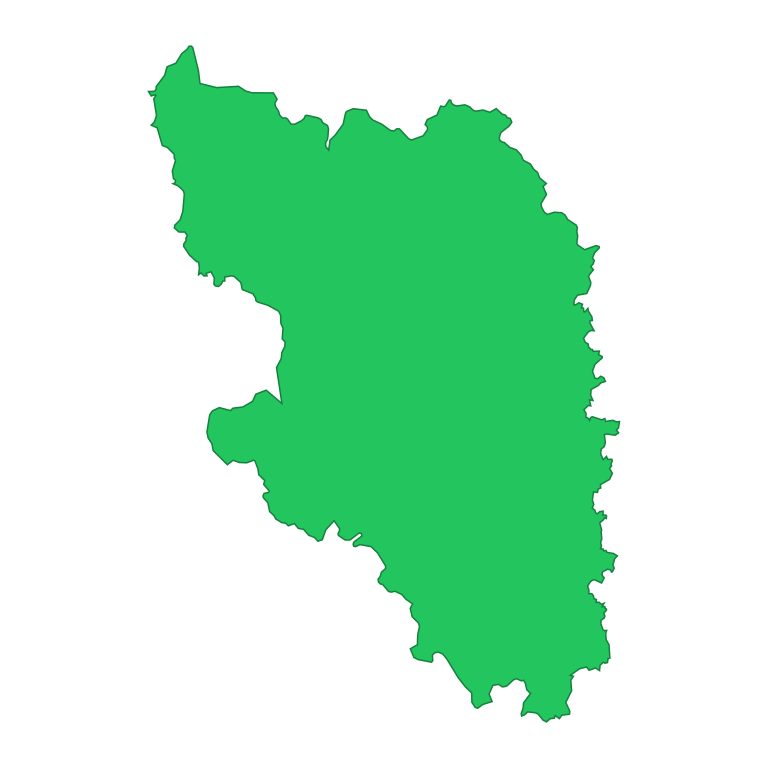 Ivohibe, Ihorombe, Madagascar (Mercator projection)
{"feature_id": "10022922B57896428715958", "entity_name": "Ivohibe", "entity_type": "district", "adm_level": 2, "iso_a3": "MDG", "parent_name": "Madagascar", "parent_adm1": "Ihorombe", "projection": "mercator", "projection_center": [46.923, -22.545], "detail": "fine", "context": "isolated", "style": "filled", "palette": "green", "viewbox_px": 768, "rotation_deg": 0, "n_neighbors": 0, "source": "geoboundaries", "source_scale": "gbopen_adm2", "svg_char_len": 6095}
<svg xmlns="http://www.w3.org/2000/svg" viewBox="0 0 768 768"><path d="M164.7,75.2L156.2,86.6L156.1,89.1L154.6,91.3L148.5,91.5L151.2,96.0L155.2,94.7L156.0,95.4L153.8,98.7L156.5,115.5L154.4,121.9L151.2,125.2L157.2,127.8L162.3,145.5L167.3,147.4L174.2,154.3L174.3,158.2L175.5,160.5L172.3,171.1L173.5,178.6L175.6,180.4L175.0,182.9L173.0,183.7L177.6,185.6L181.0,188.4L183.5,191.1L184.3,194.0L182.8,211.5L180.0,220.0L174.9,225.1L174.3,227.9L178.9,232.0L184.9,232.1L187.4,235.6L185.9,238.1L186.1,240.5L183.7,244.1L183.7,246.4L189.4,255.0L196.4,261.5L198.5,262.0L199.4,267.7L198.6,274.7L201.0,273.0L204.0,276.0L207.1,275.8L206.1,273.4L211.0,271.7L214.3,277.9L213.9,284.3L215.3,285.9L218.3,286.5L221.1,284.4L222.9,281.1L224.8,281.0L224.7,277.1L231.3,275.8L234.1,276.4L240.8,282.5L242.3,289.6L252.8,293.7L255.5,297.8L255.9,300.6L257.5,302.0L268.0,305.3L278.5,311.1L280.5,314.9L280.9,323.5L283.0,328.3L282.2,338.9L285.1,342.0L284.8,346.6L281.9,352.3L281.2,358.6L276.5,367.6L281.9,403.5L266.2,390.2L255.9,394.1L252.6,401.3L242.8,407.0L232.9,408.2L230.5,410.6L219.3,407.6L212.4,410.9L209.7,414.8L206.9,432.0L208.2,438.2L211.9,443.6L213.2,450.7L227.4,464.7L233.1,460.3L239.3,462.5L246.7,462.8L253.6,460.2L255.0,461.0L258.0,469.1L258.8,474.8L264.7,480.5L263.7,484.5L269.2,490.9L268.8,492.3L264.1,493.4L263.0,495.9L263.4,497.8L267.8,502.6L269.6,511.6L274.0,515.6L275.8,519.0L281.7,522.6L285.9,523.3L288.3,525.8L294.5,523.6L298.3,528.4L303.5,529.3L308.8,535.3L314.4,537.4L317.9,541.2L322.3,539.8L325.7,529.9L334.1,520.7L339.4,528.4L339.6,530.4L338.0,533.9L338.5,535.5L345.1,540.0L350.0,540.0L359.0,533.1L361.3,533.4L361.9,536.0L354.0,541.9L353.1,544.1L353.7,546.2L355.8,546.6L359.9,544.6L371.0,546.6L377.6,552.9L385.6,566.0L385.5,568.6L381.4,572.2L380.1,576.6L378.1,579.2L378.5,582.1L380.4,584.0L382.5,584.3L388.6,591.5L391.1,592.1L395.1,591.3L401.8,594.5L406.1,599.4L412.6,603.9L410.2,608.3L412.2,616.8L418.5,623.0L419.5,626.6L417.7,634.7L417.4,644.7L410.3,648.8L414.0,657.6L418.6,659.7L431.5,662.2L432.8,660.6L432.4,655.3L434.3,652.9L438.1,652.1L442.8,654.0L446.9,659.1L458.3,677.8L465.0,686.4L471.7,693.0L471.9,702.4L475.3,707.5L477.8,708.2L482.9,704.4L492.1,701.6L489.1,694.0L492.9,685.4L498.6,684.4L502.4,686.9L505.1,686.5L507.1,685.8L513.4,679.9L516.4,678.7L521.5,680.9L523.6,680.3L525.3,683.2L526.8,689.8L530.5,693.5L523.6,702.8L523.0,708.6L521.2,713.5L521.6,716.0L524.5,714.9L527.7,711.9L535.5,712.8L538.2,714.2L543.1,720.2L546.5,721.9L550.3,718.7L554.4,718.2L555.1,715.6L559.4,718.6L561.8,715.2L569.5,714.2L569.8,711.3L565.8,702.4L571.6,690.7L570.8,680.3L573.4,676.2L570.3,675.4L579.4,668.8L586.6,667.0L589.1,670.3L595.4,668.0L599.6,670.6L600.0,665.3L603.4,662.2L605.0,663.2L607.5,662.6L608.0,658.8L609.9,658.1L609.0,644.7L606.2,639.8L605.7,633.4L606.7,630.4L604.2,630.6L602.9,629.6L600.9,623.7L601.1,620.2L604.2,618.1L604.9,616.1L603.8,613.1L606.5,610.2L606.4,609.0L605.1,608.2L604.8,606.5L602.1,606.8L604.0,603.3L601.6,604.4L598.9,602.2L596.1,602.4L596.4,599.5L593.9,598.7L593.5,595.9L591.9,593.7L588.9,593.6L588.9,590.0L587.6,586.1L590.5,581.6L592.9,580.0L594.8,579.9L601.6,583.0L604.2,577.8L602.0,575.1L602.5,571.9L607.6,569.2L610.5,569.9L611.4,572.0L612.3,571.9L614.2,568.2L612.9,564.9L614.8,558.5L617.4,555.9L613.5,553.5L606.9,552.3L606.1,550.5L603.5,550.7L603.2,549.1L600.4,548.6L601.5,546.2L600.6,542.4L601.8,539.0L601.1,531.6L601.7,530.1L599.7,522.9L603.6,519.6L604.4,517.7L606.3,518.5L606.6,516.1L605.8,515.0L603.0,515.2L603.1,511.1L599.8,511.6L597.1,513.9L595.4,512.5L595.0,510.2L592.2,508.2L593.8,504.5L592.4,500.0L593.5,491.9L597.5,492.4L598.2,488.9L600.7,488.1L600.4,484.6L609.5,479.5L612.4,473.4L609.6,468.4L611.6,465.9L611.0,464.0L612.3,460.9L611.9,459.3L607.6,459.3L606.5,456.4L603.2,459.7L600.6,453.6L601.2,449.1L604.2,446.7L605.4,442.5L604.3,434.7L606.2,434.0L615.1,435.2L617.8,433.5L618.6,432.7L616.4,430.2L618.5,427.9L619.5,421.5L616.4,421.9L613.1,420.3L605.6,421.4L604.8,418.5L601.8,419.8L592.2,416.7L590.7,417.6L589.5,420.4L588.7,418.6L585.8,417.1L586.1,413.4L583.9,409.8L588.4,405.4L590.8,405.9L589.4,399.8L593.0,400.5L590.7,395.4L591.1,389.5L598.3,385.5L600.9,382.9L605.4,381.4L603.8,377.8L600.8,376.2L597.8,378.6L595.0,378.3L592.5,371.2L594.9,364.4L602.3,357.8L602.2,356.6L598.6,354.6L599.4,351.1L593.2,351.3L592.4,349.5L591.0,349.6L588.5,346.7L588.1,343.9L585.1,342.2L583.6,338.2L588.3,331.9L591.3,330.4L594.1,330.8L589.7,322.5L590.2,320.7L592.4,320.5L591.9,316.9L588.4,311.1L587.9,308.4L585.1,311.8L583.9,311.8L583.5,308.2L581.5,307.6L582.5,304.2L578.8,302.8L575.4,305.0L573.9,304.8L574.2,300.2L577.5,295.2L586.8,293.5L590.5,285.4L590.8,282.4L588.7,276.9L589.0,275.2L593.5,269.7L590.7,266.5L593.1,264.1L594.3,260.6L592.4,257.9L594.8,252.6L599.4,247.8L599.1,246.5L596.1,245.6L584.6,249.7L577.8,245.1L576.8,243.3L577.7,235.9L576.8,232.0L577.3,227.4L576.2,225.1L567.7,219.5L565.1,215.1L561.7,212.7L554.2,212.2L547.4,214.5L544.3,212.2L541.5,206.9L541.1,203.5L546.5,194.5L543.1,186.5L546.4,183.5L539.6,177.9L537.5,172.3L533.8,169.4L530.5,164.1L523.2,160.2L521.2,155.2L516.4,149.9L509.8,147.4L504.4,142.5L501.7,141.8L499.8,140.1L499.3,137.6L500.9,132.5L509.0,126.2L511.8,122.2L510.2,118.4L507.4,117.8L505.6,115.2L502.3,114.2L496.2,108.6L489.9,112.3L483.0,110.0L475.5,111.2L472.8,110.0L469.8,106.9L464.7,104.8L456.8,106.0L453.7,105.0L451.4,103.0L450.8,100.3L449.2,100.0L445.6,105.8L444.0,106.7L440.6,106.1L437.0,115.0L427.3,119.6L425.1,124.6L427.2,126.6L427.6,129.5L423.2,135.8L411.4,140.0L408.7,138.8L399.5,128.9L396.7,128.8L394.2,130.9L390.5,130.5L381.8,124.2L372.6,119.9L369.5,116.7L366.4,110.2L353.2,108.7L346.5,111.5L345.5,113.2L343.1,124.3L335.2,135.1L330.0,140.2L328.7,150.0L325.7,146.5L325.7,142.4L327.4,139.6L328.0,135.7L328.5,129.0L327.5,125.5L322.7,122.7L321.1,119.5L318.3,117.9L306.9,115.3L305.4,115.6L304.0,118.6L301.4,120.8L294.7,124.2L291.0,124.1L287.5,119.0L285.7,117.9L282.5,118.1L279.7,115.2L278.5,111.1L275.4,106.4L274.9,103.1L277.1,99.2L273.4,92.9L251.9,92.8L245.6,91.0L238.5,86.3L216.7,87.6L200.0,83.5L198.4,70.5L192.8,47.7L191.3,46.1L188.9,46.3L187.3,49.1L181.7,53.6L175.9,63.2L167.1,66.7L164.7,75.2Z" fill="#22c55e" stroke="#15803d" stroke-width="1.5"/></svg>